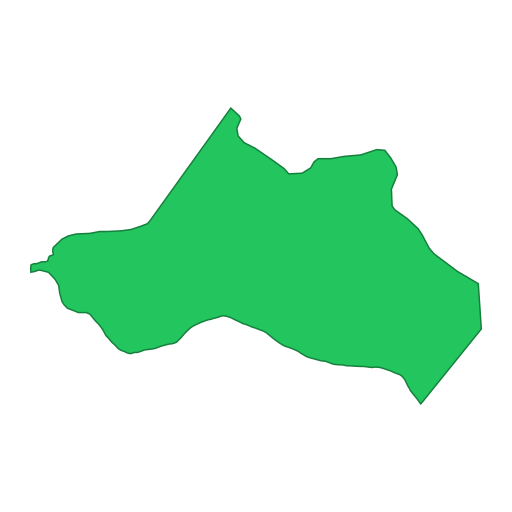 the district of Active Hill, Castries, Saint Lucia
{"feature_id": "8701671B75539751550114", "entity_name": "Active Hill", "entity_type": "district", "adm_level": 2, "iso_a3": "LCA", "parent_name": "Saint Lucia", "parent_adm1": "Castries", "projection": "robinson", "projection_center": [-60.979, 14.02], "detail": "fine", "context": "isolated", "style": "filled", "palette": "green", "viewbox_px": 512, "rotation_deg": 0, "n_neighbors": 0, "source": "geoboundaries", "source_scale": "gbopen_adm2", "svg_char_len": 2449}
<svg xmlns="http://www.w3.org/2000/svg" viewBox="0 0 512 512"><path d="M478.3,283.7L457.4,271.4L434.1,253.9L429.4,248.5L426.1,242.4L422.1,234.8L418.1,228.7L407.4,218.8L394.7,209.7L392.1,205.9L391.4,189.2L397.4,174.7L396.1,167.1L390.7,157.9L384.8,150.3L376.8,149.6L360.8,154.9L344.1,156.4L330.8,158.7L318.1,158.7L314.1,161.8L310.8,167.8L302.1,173.2L288.8,173.9L284.1,168.6L271.5,159.5L254.8,148.1L244.1,142.7L238.1,135.9L236.8,128.3L240.8,119.1L239.5,116.1L230.8,108.1L201.5,149.0L151.1,219.2L150.2,220.5L147.4,223.7L140.6,226.3L131.0,229.5L121.4,230.8L107.8,231.5L99.8,231.5L89.7,233.4L76.1,234.0L68.1,236.0L61.9,239.2L57.1,243.8L55.0,245.9L53.5,247.2L52.8,249.1L52.8,250.6L52.8,252.3L53.4,253.4L53.2,254.8L51.1,255.5L49.5,256.1L48.5,257.8L48.2,259.3L48.0,260.1L47.6,261.0L46.7,261.4L45.6,261.8L43.5,261.8L41.5,261.8L39.3,262.7L36.7,263.7L34.1,263.7L31.5,264.6L30.9,265.2L30.9,266.7L30.7,268.4L30.9,272.2L34.6,271.5L39.0,270.0L42.4,270.7L48.5,272.3L55.3,279.6L58.7,285.5L59.7,293.2L62.1,301.7L64.1,304.8L67.5,308.3L75.6,311.4L78.4,312.6L86.2,312.6L89.9,314.1L95.0,320.4L99.4,325.0L102.8,329.7L106.1,335.8L108.1,337.7L110.2,340.3L111.8,342.2L115.0,345.0L118.1,348.5L120.9,350.3L124.4,351.5L126.3,352.5L129.1,353.5L131.4,353.5L134.1,352.5L137.7,352.4L142.1,350.9L144.6,349.9L149.0,349.4L151.4,349.1L154.2,348.6L156.0,348.1L158.9,347.0L161.7,346.0L164.5,345.2L167.6,344.4L169.3,344.0L171.7,343.8L174.1,343.2L176.6,342.1L179.3,339.4L181.2,337.5L185.1,332.9L188.1,330.0L190.3,328.0L192.7,326.3L195.0,325.1L197.5,323.9L201.0,322.3L203.3,321.5L205.9,320.5L208.8,319.6L210.7,319.4L213.8,318.3L215.4,318.0L218.1,317.2L220.3,316.4L223.1,315.7L227.1,316.4L231.0,317.7L235.0,319.8L239.2,321.7L242.9,323.6L246.7,324.7L251.7,326.9L255.5,328.1L258.3,329.2L261.8,330.5L263.6,331.2L266.6,332.9L269.1,335.0L272.4,337.7L274.0,339.0L276.1,340.6L278.8,342.5L279.8,343.2L281.3,344.1L283.1,345.2L285.3,346.3L288.8,347.4L291.0,348.2L294.7,349.7L298.1,351.3L301.3,353.5L304.7,355.5L306.3,356.5L309.0,357.5L320.8,360.7L325.6,361.3L333.4,364.2L337.5,364.7L340.9,364.8L343.8,365.1L346.2,365.7L349.0,365.8L352.6,366.0L355.4,366.2L359.8,366.4L364.2,366.5L368.0,367.0L372.2,367.5L374.8,367.1L377.8,367.2L380.0,367.5L383.9,368.6L390.6,370.9L393.3,372.2L395.8,373.2L400.1,374.8L402.3,376.5L404.7,379.5L407.9,386.0L409.1,387.9L410.6,390.9L412.9,393.7L415.0,396.3L417.5,399.4L420.7,403.9L422.7,401.6L481.3,329.0L478.3,283.7Z" fill="#22c55e" stroke="#15803d" stroke-width="1.5"/></svg>